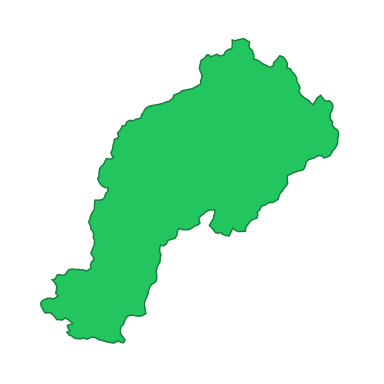 the district of Pedro de Toledo, São Paulo, Brazil, rotated 5°
{"feature_id": "56859067B2977467796065", "entity_name": "Pedro de Toledo", "entity_type": "district", "adm_level": 2, "iso_a3": "BRA", "parent_name": "Brazil", "parent_adm1": "São Paulo", "projection": "robinson", "projection_center": [-47.172, -24.178], "detail": "fine", "context": "isolated", "style": "filled", "palette": "green", "viewbox_px": 384, "rotation_deg": 5, "n_neighbors": 0, "source": "geoboundaries", "source_scale": "gbopen_adm2", "svg_char_len": 4188}
<svg xmlns="http://www.w3.org/2000/svg" viewBox="0 0 384 384"><g transform="rotate(5 192 192)"><path d="M127.3,349.3L131.7,346.7L134.6,348.1L136.9,348.1L138.1,345.2L136.6,343.3L133.3,339.7L132.6,336.0L133.0,332.4L135.4,329.6L136.0,326.8L137.1,323.4L138.8,321.4L141.4,320.0L144.7,320.0L147.1,320.3L150.1,320.4L153.6,319.3L156.6,317.2L155.4,312.5L154.4,308.3L154.6,304.7L155.9,300.9L157.3,296.5L157.3,293.8L158.1,290.5L159.7,287.7L162.2,285.8L164.1,284.0L164.4,280.9L164.1,278.2L163.4,274.5L163.6,270.7L164.4,268.2L166.2,264.7L166.1,261.1L166.5,257.0L165.1,254.6L164.7,250.6L165.4,247.8L168.2,248.1L170.9,246.2L172.3,242.2L176.5,240.6L179.0,239.6L180.8,236.3L180.7,232.6L182.5,229.2L185.0,230.3L189.4,230.2L192.3,229.7L194.7,228.2L197.8,225.5L200.8,224.3L202.6,222.3L200.9,217.4L204.3,213.9L206.9,211.2L209.9,208.9L213.0,208.1L216.3,208.0L216.7,210.4L215.9,213.3L215.6,216.6L214.1,219.6L212.2,223.8L214.5,225.8L216.8,228.0L218.7,230.3L221.3,230.9L223.5,229.8L226.2,231.4L230.0,232.5L232.9,232.5L234.8,227.1L235.8,224.3L238.5,226.3L241.7,227.4L246.2,226.8L248.7,226.4L248.5,223.8L249.4,221.2L251.3,218.1L253.6,214.9L256.4,213.4L258.9,212.3L259.6,209.4L258.7,206.4L261.3,203.5L262.4,199.9L265.2,199.0L267.3,197.6L269.8,195.7L272.9,195.6L274.8,194.4L276.8,193.1L278.5,191.6L279.0,188.5L279.9,185.6L281.5,183.8L283.0,180.8L285.3,177.7L286.5,175.1L285.9,171.2L285.6,167.1L287.9,166.2L290.2,164.4L293.2,163.2L296.2,161.7L300.2,160.6L301.7,158.8L302.6,156.2L303.0,152.5L304.9,150.0L308.0,148.5L310.3,147.6L313.5,145.4L316.5,144.4L318.8,145.0L320.3,146.6L322.5,145.8L326.2,143.9L327.3,141.6L328.4,139.1L330.6,136.0L332.5,132.1L332.8,128.9L332.4,126.5L333.0,122.7L332.6,119.6L331.4,117.5L327.7,115.3L325.9,113.1L325.9,109.7L324.0,108.1L322.9,105.4L323.0,101.7L324.3,98.9L325.0,94.2L323.5,91.0L320.7,89.2L317.0,89.8L314.1,87.2L311.9,84.4L309.9,86.0L308.1,88.0L306.8,91.1L304.9,94.4L302.9,93.1L300.2,90.6L296.5,88.8L294.4,87.3L291.5,85.3L289.8,82.2L290.6,78.8L289.1,75.9L287.0,73.3L286.3,69.3L283.7,65.5L281.5,64.1L279.2,60.7L275.9,60.1L275.9,55.6L274.5,53.3L272.6,51.0L270.6,49.4L267.6,48.6L263.9,54.1L262.2,55.6L261.9,59.2L259.3,60.9L256.4,60.0L253.4,58.8L250.7,57.8L248.5,56.4L245.3,54.8L241.9,54.1L241.7,50.5L240.6,47.9L239.4,45.4L236.7,43.6L236.1,40.7L236.3,37.6L232.7,35.9L230.1,34.7L224.3,36.5L222.1,37.5L218.8,37.1L219.3,40.1L219.3,45.4L215.6,47.1L213.1,49.2L211.8,52.6L208.4,54.1L204.8,52.6L202.1,54.1L198.9,55.7L197.1,54.1L194.9,54.1L192.7,57.9L189.6,60.0L189.0,64.1L188.6,68.5L190.1,71.6L191.7,74.4L191.8,78.0L190.9,80.3L191.2,83.6L188.5,85.6L184.8,88.0L182.5,89.4L179.6,90.1L176.3,91.2L173.5,91.9L170.0,94.9L165.6,97.0L164.7,100.5L161.0,103.8L157.8,104.8L154.9,106.5L152.4,107.2L149.8,108.1L147.3,108.7L144.7,109.3L142.2,110.2L139.6,111.8L137.7,114.1L136.4,117.5L135.0,119.5L134.8,122.3L132.7,123.6L130.2,124.2L127.0,126.2L123.3,126.1L120.7,128.2L120.0,131.5L116.9,132.1L115.4,136.2L112.6,140.1L114.2,143.1L112.7,145.1L110.2,146.1L110.0,148.8L109.4,151.9L109.2,156.1L107.8,159.8L108.9,162.4L110.9,164.6L107.1,166.6L103.9,166.1L102.5,169.3L101.4,172.3L99.6,174.2L98.0,176.6L97.7,180.4L98.0,183.9L97.0,186.7L98.5,190.1L101.3,193.4L103.6,194.6L105.6,195.1L107.8,195.3L108.1,198.7L106.1,201.1L105.4,204.9L103.6,207.1L100.4,208.3L96.2,208.5L95.9,211.4L96.2,215.2L95.9,218.6L94.3,221.3L93.1,224.7L92.5,228.2L91.7,230.8L94.0,235.3L94.5,237.8L96.6,239.6L97.7,243.1L97.7,246.4L99.1,248.4L99.3,253.4L98.2,256.4L97.2,259.5L96.6,261.9L99.1,265.1L100.3,267.5L98.5,269.9L97.2,273.0L97.9,276.8L95.1,279.0L93.0,279.9L90.7,279.1L87.9,279.3L85.6,278.9L82.8,279.4L79.8,279.2L76.5,279.9L74.4,282.4L73.3,285.0L71.1,286.3L68.1,285.9L65.1,286.2L63.1,290.8L60.3,291.7L62.3,293.1L64.1,295.5L65.5,297.7L65.5,301.5L65.1,305.1L67.6,307.0L64.8,309.7L62.7,310.6L60.6,310.0L57.3,310.5L52.5,313.2L51.0,315.8L51.8,319.1L54.5,322.9L56.0,325.3L59.2,324.8L62.1,324.8L64.7,327.0L66.6,328.7L68.4,330.9L71.0,330.7L73.4,331.0L76.9,328.7L80.1,330.0L84.8,333.5L79.4,335.9L80.8,339.0L82.5,341.1L79.6,342.5L82.1,345.2L84.6,345.8L87.6,347.8L90.7,348.0L93.6,348.1L96.4,346.8L100.0,347.8L105.2,345.2L108.7,345.6L111.7,347.1L115.9,347.8L120.1,348.6L125.0,349.2L127.3,349.3Z" fill="#22c55e" stroke="#15803d" stroke-width="1.5"/></g></svg>